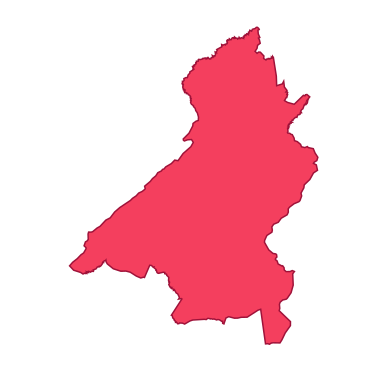 the district of Nong Yai, Chon Buri, Thailand, rotated 265°
{"feature_id": "78962969B4010364825513", "entity_name": "Nong Yai", "entity_type": "district", "adm_level": 2, "iso_a3": "THA", "parent_name": "Thailand", "parent_adm1": "Chon Buri", "projection": "albers", "projection_center": [101.414, 13.153], "detail": "fine", "context": "isolated", "style": "filled", "palette": "rose", "viewbox_px": 384, "rotation_deg": 265, "n_neighbors": 0, "source": "geoboundaries", "source_scale": "gbopen_adm2", "svg_char_len": 6044}
<svg xmlns="http://www.w3.org/2000/svg" viewBox="0 0 384 384"><g transform="rotate(265 192 192)"><path d="M34.3,252.0L34.3,254.3L33.6,255.9L34.6,257.8L34.7,259.7L34.0,266.5L36.9,268.7L43.5,272.6L50.3,278.4L54.3,278.8L66.1,268.5L68.4,269.3L72.5,269.3L74.5,270.2L76.5,272.9L77.0,276.5L77.8,277.6L83.0,281.9L90.4,284.7L101.7,285.2L103.9,287.1L105.0,285.0L104.2,282.7L104.5,278.8L106.3,277.1L108.6,277.1L110.6,275.9L110.4,275.3L112.8,271.5L115.9,270.8L117.4,269.2L118.6,269.5L119.8,270.9L122.2,270.8L123.0,270.1L123.8,267.2L127.7,263.4L135.6,259.8L137.6,260.2L142.2,262.8L145.0,268.1L146.9,268.7L150.3,268.5L152.8,270.6L154.3,275.3L158.1,278.6L161.0,284.8L163.5,286.2L166.8,286.4L168.3,287.7L171.4,292.6L173.0,297.6L174.0,298.8L178.5,300.9L181.4,300.5L186.4,303.8L189.3,304.4L194.2,310.5L200.4,314.7L202.7,318.9L208.2,318.2L209.9,315.5L211.1,316.4L212.4,319.1L215.6,320.4L220.1,318.0L224.6,316.6L226.1,311.7L227.2,310.9L226.4,308.3L227.5,305.0L230.0,304.3L233.0,301.3L234.2,298.6L236.8,298.4L240.4,296.9L241.0,295.4L241.9,294.6L242.4,292.5L243.1,292.3L244.0,292.9L247.0,292.8L246.9,293.5L247.6,293.3L247.8,294.1L248.8,294.3L249.1,293.7L249.4,294.3L250.0,293.6L250.9,294.1L251.3,294.6L250.9,295.2L251.7,295.3L251.8,296.5L252.5,296.2L252.6,296.8L253.0,296.7L252.9,297.3L253.4,296.7L253.6,297.4L254.8,298.0L254.6,298.8L255.2,298.9L256.9,300.9L257.5,302.2L257.2,303.0L259.2,303.9L259.7,304.6L259.8,306.0L260.3,306.6L261.2,306.6L261.4,308.0L263.0,307.3L264.5,308.4L265.2,309.7L268.9,311.4L268.8,311.8L269.7,312.4L269.3,312.9L270.4,313.3L269.7,313.7L270.3,314.4L271.7,315.0L272.6,314.1L273.2,314.5L272.8,315.0L273.4,315.0L273.7,315.7L274.1,315.4L276.5,317.6L279.1,315.0L279.0,313.6L278.0,312.9L278.6,311.4L270.5,301.5L272.9,295.0L275.0,292.1L278.1,294.3L278.0,294.7L280.7,295.7L280.9,295.0L282.8,296.0L283.5,295.5L283.5,294.4L284.9,295.5L288.5,293.2L294.3,293.0L291.8,291.4L290.5,285.6L300.0,286.1L319.0,284.8L318.9,284.4L320.1,284.0L318.6,283.3L319.0,283.0L318.3,283.0L318.4,282.2L317.8,281.3L318.2,281.1L318.0,280.5L318.4,279.6L317.8,279.2L318.0,278.2L317.1,277.2L318.7,275.0L321.2,275.5L325.3,272.3L325.6,270.6L324.5,268.9L326.6,267.1L329.4,269.3L332.4,270.1L334.2,272.9L337.8,272.4L339.5,271.6L340.0,273.0L343.7,271.8L347.5,271.8L348.0,273.1L349.0,272.8L350.3,271.6L350.4,270.4L349.4,269.2L348.8,266.3L347.1,265.4L348.1,263.7L346.5,263.1L346.3,262.2L345.2,262.2L345.5,261.6L344.9,262.1L344.8,261.4L344.0,261.6L344.8,260.2L343.4,259.4L343.7,259.0L343.3,259.0L343.6,258.4L343.1,257.5L342.2,257.5L342.1,256.8L341.4,257.1L341.2,256.4L340.6,256.6L341.4,254.5L340.6,253.2L342.0,252.4L341.1,252.0L340.4,250.8L341.4,250.2L341.3,248.5L341.9,248.7L342.7,247.9L341.3,247.7L341.3,247.0L342.1,246.6L342.1,245.6L340.3,244.2L340.4,243.5L341.4,242.5L340.0,241.9L340.5,240.6L339.7,239.9L339.2,240.3L338.5,239.8L337.7,240.3L336.7,239.9L336.5,238.8L335.7,238.1L336.2,237.7L335.6,235.6L336.3,234.4L334.1,234.4L331.8,229.1L331.1,229.6L329.5,228.4L328.6,228.5L329.4,227.3L327.0,227.4L325.6,226.8L325.8,226.1L325.1,225.7L326.2,224.2L324.2,224.5L324.2,222.9L323.0,222.3L323.0,221.0L324.5,219.8L323.6,219.2L323.6,218.6L324.1,218.5L323.3,217.6L324.3,217.2L324.3,215.7L323.9,215.4L324.1,214.1L323.4,213.6L323.2,211.5L323.6,210.4L323.3,209.8L321.8,209.6L321.9,207.8L320.4,207.6L320.4,207.0L319.2,207.0L318.2,205.0L317.6,205.4L317.4,204.5L316.8,204.6L316.7,203.9L317.2,204.1L317.0,203.4L314.3,204.5L314.3,203.6L313.5,203.6L311.8,200.3L310.6,200.2L308.9,198.3L306.4,197.4L306.5,195.9L305.7,193.8L303.8,193.8L303.1,193.0L303.1,192.1L301.4,192.2L301.2,191.6L300.6,191.6L299.9,192.7L299.4,192.5L299.5,192.1L298.3,192.4L297.6,191.9L296.1,192.1L295.8,192.6L294.8,192.3L294.4,193.9L293.2,193.8L293.2,193.0L291.6,193.5L291.4,195.1L290.5,195.1L290.6,196.2L289.1,196.9L288.7,197.9L287.4,198.8L286.8,198.4L286.4,198.9L285.1,198.6L285.0,199.1L284.6,198.8L283.3,199.1L283.0,198.5L282.3,198.9L281.2,198.4L279.5,199.1L277.8,201.0L277.0,200.9L275.0,202.5L272.8,202.8L270.4,204.2L266.1,205.0L262.7,204.5L262.2,202.2L260.2,199.0L257.7,198.5L250.8,194.1L245.6,187.9L244.2,188.0L243.5,188.9L244.4,192.2L244.3,196.1L241.3,197.6L237.2,194.8L231.1,186.5L224.4,180.8L225.3,177.6L222.1,173.9L219.3,168.0L217.3,166.0L217.1,164.6L215.7,163.4L214.2,159.6L211.2,157.3L208.8,153.8L206.2,151.4L202.2,145.7L201.9,145.3L199.5,145.7L198.7,145.1L196.9,142.4L195.6,138.8L193.0,136.0L190.9,132.2L189.0,130.0L182.8,118.7L178.8,113.2L173.4,108.3L171.5,103.7L165.8,97.4L164.4,94.3L161.2,89.7L160.8,88.1L161.1,85.5L159.2,84.8L153.8,84.5L152.3,83.1L151.6,81.5L147.8,79.8L145.9,81.5L144.7,81.5L140.7,78.7L139.2,76.0L135.6,71.9L132.4,67.0L129.1,63.6L124.4,67.3L121.6,74.0L119.8,76.3L120.4,77.7L120.1,78.6L120.5,78.8L120.1,79.8L120.8,79.8L120.5,80.2L120.9,80.2L121.0,80.7L121.5,80.4L121.2,81.0L121.6,81.3L120.9,82.0L121.9,82.3L121.0,84.1L121.8,84.9L121.5,86.8L122.0,87.1L123.0,86.8L123.8,89.7L125.6,91.2L125.5,92.1L126.2,93.0L125.6,93.4L126.4,94.8L128.2,96.4L129.8,96.9L129.4,97.8L130.7,98.1L131.2,98.9L131.1,99.8L131.7,100.3L129.8,100.4L127.7,101.4L122.4,106.9L119.3,114.2L119.0,119.2L117.5,123.5L113.1,129.2L110.8,133.5L111.4,136.3L111.0,137.2L122.7,143.5L122.3,145.3L120.7,146.5L120.7,147.4L120.3,147.1L118.2,149.2L117.3,149.2L117.4,149.6L114.9,150.1L114.3,150.6L113.9,151.7L114.6,156.3L114.2,157.9L113.0,157.7L112.3,159.5L111.2,159.6L109.0,161.4L105.9,160.9L104.2,161.8L103.5,161.6L103.7,161.2L102.8,161.4L101.8,160.8L99.6,161.7L99.1,162.5L98.8,162.2L98.5,162.5L98.5,163.1L98.2,162.7L97.5,163.4L96.5,165.6L95.6,165.1L95.6,166.2L92.9,167.4L91.7,168.9L88.6,170.1L87.5,170.1L86.5,169.3L86.8,172.0L86.3,172.6L71.0,160.7L70.6,161.5L68.2,161.9L66.7,163.2L66.1,163.0L65.3,163.9L64.4,164.0L64.0,164.8L63.5,164.5L63.4,165.4L62.0,166.2L62.0,167.5L62.6,168.1L62.2,171.1L61.1,173.2L63.7,178.7L64.4,181.6L64.1,193.2L63.7,195.1L64.7,196.6L64.6,197.9L63.9,199.2L64.2,199.7L63.5,201.5L63.6,202.9L62.4,205.4L62.7,206.7L62.3,208.2L60.6,210.3L60.6,211.2L58.5,211.1L57.8,212.3L63.5,214.8L64.6,217.7L62.6,223.3L62.4,226.7L62.9,230.0L62.5,236.1L68.5,247.4L69.2,250.2L34.3,252.0Z" fill="#f43f5e" stroke="#9f1239" stroke-width="1.5"/></g></svg>